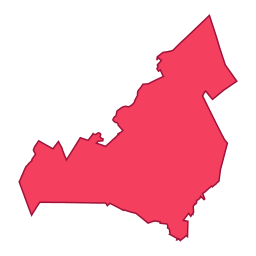 outline of General Zuazua, Nuevo León, Mexico
{"feature_id": "50627088B30603722268617", "entity_name": "General Zuazua", "entity_type": "district", "adm_level": 2, "iso_a3": "MEX", "parent_name": "Mexico", "parent_adm1": "Nuevo León", "projection": "albers", "projection_center": [-100.161, 25.925], "detail": "fine", "context": "isolated", "style": "filled", "palette": "rose", "viewbox_px": 256, "rotation_deg": 0, "n_neighbors": 0, "source": "geoboundaries", "source_scale": "gbopen_adm2", "svg_char_len": 5494}
<svg xmlns="http://www.w3.org/2000/svg" viewBox="0 0 256 256"><path d="M19.6,183.0L21.3,187.6L23.9,194.5L24.4,195.9L26.1,200.6L27.4,204.1L29.8,210.5L31.6,215.2L32.0,214.5L33.5,212.0L34.5,210.5L35.9,208.2L38.6,204.0L39.7,202.3L40.0,202.3L42.5,202.3L48.6,202.3L52.2,202.4L58.4,202.4L62.6,202.4L66.3,202.5L75.9,202.6L80.7,202.7L83.2,202.7L86.0,202.8L88.8,202.8L92.4,202.9L93.2,203.0L93.7,203.0L94.2,202.9L95.1,202.8L95.3,202.8L95.6,202.8L95.8,202.9L96.1,203.0L96.7,203.0L97.3,203.0L98.1,203.0L98.3,203.0L98.6,203.0L99.5,203.0L101.9,203.0L102.5,203.0L105.0,203.0L105.4,203.1L105.6,203.4L105.9,203.6L106.2,203.8L106.4,204.1L106.7,204.5L107.3,205.7L110.0,203.3L115.8,206.3L118.7,207.8L121.2,209.1L123.4,210.3L123.7,209.9L126.5,210.7L128.5,211.3L130.9,212.1L135.9,213.3L138.1,215.0L141.6,217.8L148.0,223.1L148.5,222.9L149.2,222.7L149.3,222.7L149.9,222.5L150.2,222.3L150.7,222.1L151.0,222.0L152.4,221.6L152.9,221.5L153.5,221.3L154.5,221.1L154.9,221.0L155.7,221.0L155.8,221.0L157.1,221.4L157.6,221.4L157.8,221.4L158.0,221.5L159.7,221.7L160.0,221.7L160.1,223.2L161.5,223.4L166.5,223.9L166.8,224.1L167.1,224.2L167.3,224.5L167.4,224.8L167.7,225.4L167.8,225.8L167.5,227.8L168.8,228.7L168.9,228.8L169.1,229.0L169.5,229.7L169.6,231.3L169.9,232.7L170.2,233.7L170.0,233.8L169.5,234.2L177.3,238.5L176.7,239.9L177.1,239.9L178.8,238.8L180.3,240.6L180.8,240.1L181.3,239.7L182.1,239.0L182.5,238.7L183.7,237.8L186.4,235.6L187.5,236.6L187.9,221.2L183.4,220.5L184.1,219.2L186.7,215.8L187.3,215.0L188.6,213.4L190.8,216.3L192.5,213.7L192.9,214.1L192.9,213.6L193.4,212.5L193.6,212.2L193.2,206.2L193.9,205.4L194.6,204.6L195.1,204.1L194.9,203.9L195.3,203.7L195.8,203.9L196.1,203.1L196.3,202.8L196.6,202.7L196.6,200.5L198.3,199.6L200.1,198.0L200.3,197.0L200.6,196.3L204.0,199.6L204.7,199.1L204.3,197.7L203.9,196.8L203.6,195.9L203.4,195.4L203.1,194.7L202.5,193.6L203.7,192.8L205.1,191.8L207.5,189.6L211.5,186.1L211.9,186.4L212.3,186.9L214.4,185.1L214.9,184.8L215.0,184.7L216.1,183.9L216.7,183.0L217.0,182.7L218.9,181.2L220.5,169.4L227.4,143.2L225.0,140.3L224.1,138.9L223.3,137.4L223.0,136.7L222.3,135.6L215.6,122.4L206.9,104.8L202.6,96.0L204.3,92.6L204.6,92.0L204.8,92.0L205.1,91.9L205.5,91.8L205.6,91.7L205.2,90.6L206.2,91.7L210.8,97.4L212.5,99.4L213.8,98.3L216.3,96.3L220.1,93.1L223.8,90.1L236.8,81.2L225.5,65.3L225.3,65.1L219.5,47.4L216.8,38.2L209.4,15.4L186.1,37.7L180.5,42.8L173.1,50.2L171.6,50.8L170.4,51.2L169.8,51.3L169.6,51.2L169.5,51.3L169.2,51.4L168.7,51.5L168.3,51.5L167.8,51.7L166.7,51.9L165.6,52.0L164.9,52.2L164.3,52.2L163.1,52.4L162.2,53.0L161.4,53.6L160.9,54.0L160.2,54.6L158.0,56.3L157.3,56.8L157.0,59.1L156.9,59.4L156.9,59.5L157.0,59.6L157.6,58.8L158.0,58.3L158.4,58.0L158.6,58.3L159.3,58.9L160.1,59.5L161.3,60.3L160.2,61.9L157.5,64.6L157.4,64.9L157.3,65.1L157.5,65.4L157.6,65.6L158.2,66.1L157.9,66.8L157.6,67.7L157.0,68.2L157.1,69.2L158.6,71.2L160.3,69.9L163.4,76.5L162.1,77.1L158.0,79.0L154.6,80.6L151.6,82.1L149.8,83.0L148.7,83.6L148.1,83.9L147.9,83.9L143.0,84.2L141.9,85.8L140.9,87.3L138.1,90.7L137.8,91.4L137.6,92.5L137.5,93.8L137.5,94.8L137.5,95.5L137.3,95.9L137.1,96.4L136.7,96.9L136.2,97.9L135.6,98.9L135.0,100.1L134.4,102.0L134.1,102.6L133.5,103.3L132.2,104.7L131.2,105.3L130.5,105.9L129.9,106.2L128.5,106.8L128.2,106.9L127.5,106.7L127.0,106.5L126.4,106.4L126.1,106.3L125.6,106.3L125.1,106.3L124.6,106.5L124.0,106.6L123.6,106.7L122.9,106.9L122.6,107.1L121.9,107.5L121.1,107.9L119.8,108.9L118.1,110.2L117.2,110.9L116.9,111.5L116.7,112.1L116.6,112.7L116.2,115.0L116.1,115.4L116.0,115.6L115.8,116.0L115.3,116.3L114.4,117.0L114.0,117.4L113.4,118.5L112.9,119.9L113.3,120.6L113.5,120.8L113.9,121.3L114.1,121.5L114.5,121.7L115.3,122.3L115.6,122.4L115.9,122.6L116.7,122.6L117.0,122.7L117.2,122.9L117.7,123.3L117.9,123.7L118.0,123.9L118.0,124.3L118.1,124.7L118.2,124.9L118.2,125.2L118.8,125.9L119.6,126.8L120.1,127.4L120.5,127.8L120.9,128.3L121.3,128.9L122.1,129.5L122.6,129.9L123.0,130.2L120.6,132.5L119.7,132.8L119.0,133.2L118.8,133.4L118.6,133.5L118.4,133.6L118.2,133.6L117.9,134.1L118.2,134.6L118.4,134.6L116.9,136.0L115.1,137.8L114.9,137.9L112.9,139.7L111.6,140.9L109.9,142.5L105.6,146.4L102.1,145.1L96.3,143.1L98.1,141.2L102.8,140.8L103.1,139.0L101.5,138.3L101.4,138.3L100.0,136.6L100.6,134.8L100.8,134.5L100.7,134.3L100.6,134.2L100.4,133.9L100.1,133.6L99.8,133.3L99.6,133.1L99.3,133.0L98.9,132.9L98.4,132.9L97.9,133.0L97.6,133.2L97.4,133.4L96.4,134.1L95.9,134.4L95.4,134.5L94.8,134.4L94.0,134.3L93.5,134.0L93.1,133.6L92.4,134.6L92.0,135.3L90.2,137.6L88.9,139.3L88.0,140.3L85.2,139.4L82.3,138.4L80.3,137.7L77.3,142.5L74.5,147.1L73.2,149.1L72.3,150.6L70.2,153.9L67.4,158.3L66.4,159.9L66.3,159.6L62.7,150.7L62.0,148.1L61.8,147.7L60.0,144.5L58.4,141.5L55.9,144.9L55.9,145.0L55.5,145.3L55.0,146.0L54.4,146.8L52.9,148.8L39.5,141.3L38.7,140.8L36.1,144.6L35.2,145.9L34.5,147.0L34.4,147.2L34.3,147.6L33.4,149.9L33.4,150.0L33.5,150.4L33.8,151.0L34.2,151.7L34.3,151.8L34.4,152.1L34.6,152.5L34.8,152.8L34.9,153.0L35.0,153.1L35.1,153.5L35.5,154.2L35.5,154.3L34.8,155.3L34.7,155.4L34.7,155.6L34.6,155.8L34.4,155.9L33.7,156.8L32.4,158.6L32.2,159.0L32.0,159.5L31.9,159.8L31.8,160.0L31.7,160.2L31.7,160.5L31.8,160.7L31.8,160.8L31.7,160.8L31.4,161.1L31.2,161.2L31.0,161.5L30.5,161.8L30.2,162.1L30.0,162.3L29.9,162.4L29.6,162.7L29.4,162.9L28.8,163.5L27.4,165.2L26.4,166.2L25.8,166.9L25.7,167.1L25.3,168.1L24.8,169.1L23.4,172.3L23.0,173.3L22.6,174.2L22.5,174.6L22.2,175.2L21.5,176.4L21.4,176.7L21.4,176.9L19.6,181.2L19.5,181.3L19.4,181.6L19.2,181.7L19.6,183.0Z" fill="#f43f5e" stroke="#9f1239" stroke-width="1.5"/></svg>